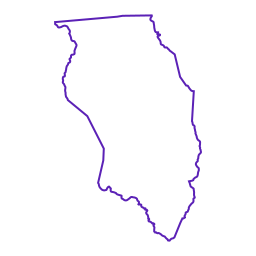 outline of San Ignacio, Francisco Morazán, Honduras
{"feature_id": "27666195B25957798922682", "entity_name": "San Ignacio", "entity_type": "district", "adm_level": 2, "iso_a3": "HND", "parent_name": "Honduras", "parent_adm1": "Francisco Morazán", "projection": "robinson", "projection_center": [-87.053, 14.728], "detail": "fine", "context": "isolated", "style": "outline", "palette": "violet", "viewbox_px": 256, "rotation_deg": 0, "n_neighbors": 0, "source": "geoboundaries", "source_scale": "gbopen_adm2", "svg_char_len": 5706}
<svg xmlns="http://www.w3.org/2000/svg" viewBox="0 0 256 256"><path d="M155.3,232.5L155.8,232.4L156.2,232.4L156.9,233.0L157.4,233.2L157.8,233.2L158.3,233.0L158.7,233.1L159.1,233.2L160.8,234.2L161.9,235.3L162.2,235.5L163.2,236.0L164.7,236.5L166.3,238.4L167.7,239.5L167.9,240.3L168.1,240.5L169.6,240.6L170.6,239.4L171.3,238.8L171.8,238.6L172.6,238.4L173.1,238.3L173.7,237.9L174.4,237.4L180.3,222.9L182.4,218.4L182.9,218.5L183.3,218.5L183.6,218.3L184.6,217.7L185.0,217.4L185.0,217.2L184.6,216.6L184.5,216.2L184.7,215.6L185.2,214.8L185.5,214.2L185.7,213.2L185.7,212.6L185.8,212.5L186.1,212.3L187.4,211.8L187.7,211.6L188.3,209.9L188.6,209.5L188.7,209.2L188.8,208.8L188.8,207.7L189.1,206.9L189.7,205.9L191.0,204.3L191.5,203.7L192.7,202.7L193.2,202.1L193.4,201.6L193.5,201.0L193.4,198.9L193.7,198.4L194.6,197.8L194.7,197.6L194.7,197.2L194.1,195.6L194.0,194.2L194.1,192.5L193.9,190.7L193.7,189.8L193.7,189.2L193.7,188.9L193.5,188.5L193.0,188.1L191.2,186.9L190.7,186.5L190.4,185.8L190.3,185.1L190.0,184.3L189.8,183.5L189.7,182.9L189.4,182.4L189.0,181.3L192.1,180.7L193.2,180.2L193.4,179.7L193.5,179.1L195.0,177.7L196.8,176.8L197.1,176.5L197.5,175.8L197.8,174.6L198.1,172.3L198.8,170.3L198.8,169.5L198.8,168.8L198.7,168.3L198.5,167.9L197.3,166.9L196.4,165.6L195.9,164.5L195.9,164.2L195.9,163.7L196.1,163.0L196.3,162.6L196.8,162.0L197.5,161.4L197.8,160.9L197.7,160.3L197.6,159.7L197.9,159.1L198.2,158.5L198.4,156.4L198.8,155.0L199.2,154.4L200.2,153.4L200.5,153.1L200.9,152.5L200.9,151.8L200.9,151.3L200.6,150.5L200.6,149.9L200.0,148.6L200.0,148.0L200.1,147.6L200.1,147.3L200.0,147.0L199.7,146.6L199.6,146.2L199.6,145.8L199.9,145.4L200.0,144.6L200.1,142.3L200.0,141.7L199.8,141.3L197.9,139.8L197.6,139.4L196.9,137.9L196.8,137.5L196.7,136.6L196.4,135.7L195.7,134.0L195.5,133.6L195.5,133.2L195.6,132.7L195.5,132.1L195.1,130.7L195.0,129.8L194.5,127.9L194.6,126.8L194.6,126.4L194.4,126.0L194.2,125.6L193.9,125.4L193.4,125.2L192.9,124.7L192.7,124.0L192.4,122.1L192.0,121.2L193.8,91.2L192.8,91.1L191.9,90.9L191.3,90.6L190.9,90.2L189.4,88.4L189.0,87.7L187.9,85.9L187.6,85.7L186.7,85.6L186.1,85.5L180.1,76.9L174.7,54.4L170.8,51.4L170.7,51.3L170.3,51.1L169.7,50.6L168.9,49.5L168.1,48.9L167.0,47.6L166.7,47.5L166.3,47.4L165.2,47.5L164.6,47.3L164.4,47.1L164.2,46.6L163.9,46.0L163.5,45.5L162.8,45.1L161.3,44.5L161.1,44.4L160.9,44.1L160.7,43.4L160.6,42.0L160.3,41.1L159.9,40.3L158.0,37.7L157.7,37.2L157.6,36.8L157.6,36.4L157.9,36.1L158.4,35.8L159.6,35.5L160.0,35.1L160.0,34.7L159.8,34.6L159.6,34.4L157.6,34.4L157.3,34.1L157.4,33.0L157.7,33.0L157.9,32.9L158.1,32.6L158.1,32.3L156.8,32.3L156.2,32.2L155.7,32.0L155.2,31.4L154.8,30.4L154.5,28.7L154.3,28.0L154.1,25.3L153.9,24.4L153.6,22.2L153.4,21.9L153.2,21.7L151.3,20.7L150.7,20.2L150.4,19.6L150.4,19.2L150.4,18.9L150.7,17.9L151.7,16.3L151.9,15.8L152.1,15.6L152.5,15.4L122.6,15.8L117.2,16.7L55.1,22.1L55.2,22.8L55.1,23.7L55.2,24.2L55.6,24.5L56.8,25.2L57.5,26.2L58.0,27.1L58.4,27.4L59.2,27.5L60.6,27.2L61.5,26.9L62.4,26.3L63.2,26.0L64.3,25.7L65.1,25.7L65.8,25.9L66.8,26.3L67.3,26.6L67.6,27.1L68.7,29.1L69.5,30.1L69.8,30.7L69.9,31.5L69.7,32.8L69.6,33.1L69.2,33.6L69.9,34.8L70.6,36.5L71.0,37.7L71.1,38.9L71.5,40.0L71.8,40.5L72.2,40.7L72.8,41.0L73.9,41.1L74.3,41.3L74.6,41.5L74.9,42.0L75.5,43.1L76.1,44.1L76.5,44.9L76.5,45.4L76.4,46.0L75.2,48.8L74.5,50.8L74.5,51.9L74.6,53.0L74.5,53.7L74.3,54.1L73.8,54.3L73.2,54.6L71.7,54.8L71.3,55.2L71.0,55.8L71.0,56.9L71.0,57.4L70.8,57.7L69.7,58.8L69.5,59.1L69.6,59.5L70.1,60.5L70.2,61.4L70.1,61.9L69.9,62.2L69.6,62.5L68.4,63.0L67.9,64.6L66.7,66.3L66.2,68.5L66.1,69.7L65.7,71.1L65.7,71.7L65.6,72.0L65.4,72.4L64.9,72.9L64.6,73.3L64.9,75.3L64.9,75.8L64.8,76.1L64.7,76.4L64.5,76.5L63.4,76.7L63.1,77.1L62.9,77.6L62.8,78.4L62.8,79.2L62.9,79.6L63.1,80.0L63.1,80.3L63.1,81.0L62.8,82.0L62.8,82.4L62.9,82.7L63.1,83.1L64.1,84.2L64.5,85.4L65.1,86.5L65.4,87.0L65.4,87.4L65.4,88.0L65.1,90.2L65.3,91.9L65.5,92.4L65.6,93.0L65.6,93.4L65.5,93.9L65.6,94.5L65.8,95.5L65.9,96.2L66.0,96.7L67.4,98.6L67.6,99.1L67.7,99.7L67.9,100.1L87.3,116.1L103.8,148.6L103.3,160.4L98.1,182.9L98.5,183.5L98.8,184.1L99.0,185.5L99.5,186.9L100.6,188.4L101.9,189.6L102.3,189.9L102.9,190.1L103.7,190.3L104.1,190.4L104.8,190.3L106.4,189.9L106.7,189.3L107.2,188.2L107.8,187.3L108.2,187.0L108.6,186.7L109.0,186.6L109.3,186.7L109.4,186.8L109.5,187.3L110.5,188.1L110.8,188.5L110.7,189.6L110.6,190.2L110.8,191.1L111.0,191.5L111.6,191.8L113.8,192.2L115.6,192.9L116.1,193.2L116.2,193.5L116.5,193.8L117.3,194.4L118.8,194.9L121.1,195.5L121.5,195.7L121.6,195.9L121.6,196.1L121.5,197.0L121.5,197.7L121.6,198.1L121.7,198.4L122.1,198.7L122.7,198.9L124.2,200.0L124.9,200.3L125.4,200.4L126.0,200.4L126.5,200.3L127.1,200.1L129.1,198.7L130.7,197.3L131.0,197.1L131.3,197.0L132.1,197.0L133.1,197.3L134.1,197.4L134.9,197.6L135.9,198.0L136.5,198.4L136.9,198.8L137.5,200.6L138.6,201.5L138.9,201.8L139.0,203.2L138.9,203.5L138.5,204.1L138.4,204.3L138.5,204.4L138.9,204.6L139.8,204.4L140.5,204.4L141.0,204.6L141.3,205.0L141.2,205.5L141.2,205.8L141.4,206.4L141.6,206.8L142.7,207.5L143.5,207.7L144.0,208.2L144.3,208.6L145.2,208.4L145.3,208.4L145.4,208.8L145.2,209.5L145.3,209.7L145.8,209.8L146.6,209.7L146.9,209.9L147.1,210.2L147.3,210.5L147.2,210.8L146.9,211.4L146.2,212.4L146.2,212.7L146.2,213.0L146.3,213.4L146.5,213.8L147.6,215.0L147.9,215.7L148.2,217.1L148.3,217.6L148.2,218.2L148.2,218.6L148.5,218.8L148.9,218.8L149.1,219.0L149.1,219.5L148.5,220.3L148.5,220.5L148.5,220.8L148.8,221.2L149.1,221.5L150.1,221.6L151.1,222.2L152.4,223.5L152.7,223.4L153.0,223.2L153.3,223.3L153.8,223.8L154.2,223.8L154.3,224.0L154.3,224.4L154.1,224.7L153.5,225.2L153.5,225.5L153.6,226.0L154.2,226.9L154.4,227.3L154.3,228.5L154.2,229.5L154.2,231.5L154.4,231.7L155.2,232.2L155.3,232.5Z" fill="none" stroke="#5b21b6" stroke-width="2"/></svg>